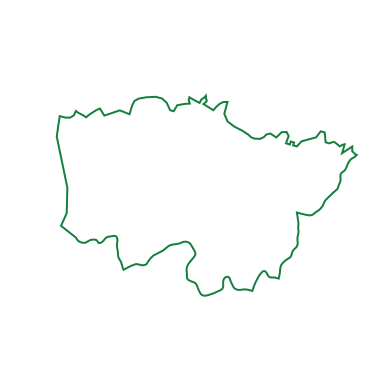 SVG path tracing the border of Podunavski, rotated 286°
{"feature_id": "SRB-831", "entity_name": "Podunavski", "entity_type": "District", "adm_level": 1, "iso_a3": "SRB", "parent_name": "Republic of Serbia", "parent_adm1": "", "projection": "natural_earth1", "projection_center": [20.92, 44.453], "detail": "fine", "context": "isolated", "style": "outline", "palette": "green", "viewbox_px": 384, "rotation_deg": 286, "n_neighbors": 0, "source": "natural_earth", "source_scale": "10m", "svg_char_len": 3782}
<svg xmlns="http://www.w3.org/2000/svg" viewBox="0 0 384 384"><g transform="rotate(286 192 192)"><path d="M123.4,75.4L137.2,77.4L161.8,71.0L208.0,46.7L228.5,43.9L228.6,49.7L230.0,54.5L233.1,57.3L237.9,58.0L236.9,60.5L235.5,67.0L234.6,69.6L238.2,72.0L244.6,77.7L246.8,80.5L241.3,86.7L250.6,100.1L249.5,110.5L258.4,110.6L263.6,111.6L267.1,115.0L270.5,122.1L273.5,130.9L273.6,137.6L270.7,143.2L264.6,148.4L264.6,152.1L271.3,153.9L274.5,160.3L276.4,165.5L279.7,163.4L282.4,163.4L281.6,166.0L279.7,174.7L283.0,175.4L284.7,176.5L286.1,177.7L288.4,178.8L285.5,179.8L284.3,180.9L283.0,181.0L279.7,178.8L276.5,190.0L280.8,192.0L284.4,194.3L287.0,197.2L288.4,201.3L276.1,201.5L269.6,206.7L266.5,214.8L264.7,223.8L262.6,230.5L260.9,233.8L260.5,236.9L261.7,242.6L264.3,245.7L267.8,247.7L269.8,251.1L267.7,258.0L274.3,261.8L275.7,266.4L272.4,269.5L264.7,268.9L264.7,273.0L267.7,273.0L267.7,276.4L264.7,276.4L264.7,280.2L270.9,283.3L278.8,296.3L285.8,299.0L285.8,303.1L276.6,306.8L276.6,310.6L278.6,313.3L279.3,314.8L278.6,316.9L276.6,321.5L277.9,322.8L278.4,323.1L278.9,323.7L279.9,325.6L270.7,325.6L279.9,333.5L275.3,334.8L273.2,338.9L273.1,340.1L270.4,338.6L268.1,336.4L267.4,335.9L265.9,335.1L263.6,334.3L262.1,334.0L257.7,333.6L256.3,333.3L255.3,333.0L254.3,332.5L252.1,330.8L251.1,330.2L250.1,330.0L249.5,330.0L248.3,330.2L244.9,331.4L244.0,331.6L242.6,331.7L239.3,331.2L235.0,331.0L230.6,328.1L221.4,322.8L219.3,322.1L215.1,321.5L213.7,321.1L211.0,319.9L209.3,318.8L206.4,316.3L203.7,314.4L202.8,313.4L202.2,312.2L201.8,311.0L201.3,305.2L201.2,298.5L192.8,302.3L190.8,303.1L187.3,303.8L183.9,305.1L182.2,305.5L177.2,306.0L175.6,306.4L172.1,307.7L170.8,307.9L169.5,307.9L168.6,307.8L167.7,307.5L165.3,306.1L164.1,305.5L163.1,305.2L162.1,305.0L160.8,304.9L159.0,305.0L157.8,304.9L156.9,304.6L156.0,304.2L155.3,303.6L153.2,301.7L150.8,299.9L148.9,298.9L147.1,298.1L145.8,297.9L144.3,297.8L142.9,297.9L138.0,298.8L132.7,299.2L132.6,295.8L132.4,294.3L131.5,290.9L131.6,289.8L132.0,288.9L132.7,288.0L134.7,286.1L135.7,284.7L135.9,284.0L135.9,283.2L135.6,282.6L135.2,282.0L134.1,281.3L132.7,280.6L129.7,279.4L128.3,279.1L121.8,277.8L113.5,277.2L113.5,273.2L113.3,271.4L112.8,269.1L112.2,267.6L111.2,265.5L110.8,264.0L110.6,262.5L110.7,260.9L111.1,259.5L111.5,258.7L112.8,257.3L116.5,254.0L119.1,252.2L120.0,251.3L120.3,250.6L120.3,249.9L120.1,248.9L119.5,247.9L118.4,247.2L117.5,246.8L116.5,246.6L115.2,246.6L113.9,246.8L110.3,247.9L109.1,248.1L108.2,248.0L107.3,247.8L106.2,247.1L105.0,245.9L100.5,240.6L98.2,237.3L96.8,235.0L96.2,233.9L95.8,232.7L95.6,230.8L95.8,229.7L96.5,228.5L97.5,227.3L99.6,225.4L103.4,222.6L104.4,221.6L105.2,220.6L105.6,219.2L106.1,214.6L106.4,213.2L106.8,212.1L107.5,211.3L108.2,210.8L112.4,209.5L115.2,208.4L116.8,208.0L118.5,207.9L120.2,208.0L121.9,208.4L122.8,208.7L130.8,212.1L132.0,212.4L133.1,212.4L133.9,212.2L135.1,211.5L136.2,210.6L141.5,205.0L142.2,203.8L142.5,202.6L142.6,201.4L142.6,200.2L142.3,199.0L142.0,198.1L141.5,197.2L139.1,194.2L137.3,190.6L136.4,188.3L134.8,185.7L133.9,184.7L132.8,183.8L127.6,180.2L120.3,172.4L116.6,170.3L113.2,169.0L110.9,168.4L110.1,168.1L109.2,167.3L107.9,164.7L107.7,163.6L107.6,159.5L107.4,158.5L106.8,157.3L104.0,153.5L98.4,147.7L100.1,146.3L104.4,143.6L105.2,143.0L108.0,140.1L109.2,139.1L110.4,138.5L115.1,136.8L118.6,135.0L119.6,134.6L120.7,134.4L124.9,133.6L125.9,133.3L126.8,132.9L127.8,132.1L128.4,131.2L128.6,130.2L128.1,128.6L126.4,124.8L125.8,123.7L125.3,123.0L124.7,122.3L123.6,121.5L120.6,120.2L119.4,119.5L118.4,118.6L117.7,117.8L117.3,116.8L117.3,116.4L117.8,115.5L118.6,114.7L119.3,113.7L119.5,112.6L119.3,110.9L118.6,109.0L117.6,107.3L114.5,104.2L113.7,103.1L113.3,101.9L113.1,100.7L113.0,99.4L113.3,97.1L113.9,95.7L114.8,94.4L116.2,92.9L123.4,75.4Z" fill="none" stroke="#15803d" stroke-width="2"/></g></svg>